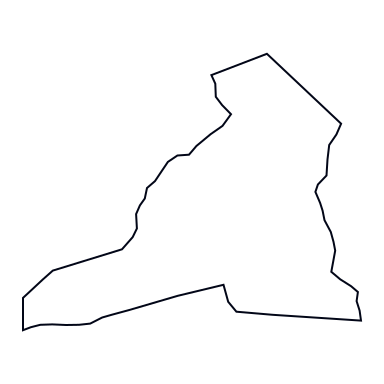 outline of Camocim de São Félix, Pernambuco, Brazil
{"feature_id": "56859067B97810771102376", "entity_name": "Camocim de São Félix", "entity_type": "district", "adm_level": 2, "iso_a3": "BRA", "parent_name": "Brazil", "parent_adm1": "Pernambuco", "projection": "orthographic", "projection_center": [-35.778, -8.341], "detail": "fine", "context": "isolated", "style": "outline", "palette": "ink", "viewbox_px": 384, "rotation_deg": 0, "n_neighbors": 0, "source": "geoboundaries", "source_scale": "gbopen_adm2", "svg_char_len": 855}
<svg xmlns="http://www.w3.org/2000/svg" viewBox="0 0 384 384"><path d="M23.0,297.9L23.0,330.2L30.9,327.2L40.3,324.8L52.3,324.4L66.1,325.0L79.0,324.8L90.2,323.6L102.2,317.5L111.6,314.8L128.9,310.1L177.8,295.8L223.5,284.8L228.2,301.8L236.4,311.7L272.7,314.8L361.0,320.6L359.6,310.6L356.6,301.1L357.9,292.0L351.1,286.2L340.2,279.3L331.3,271.8L333.3,261.0L335.2,250.6L333.5,241.8L330.8,232.0L324.5,220.2L322.6,210.7L320.1,202.9L315.4,191.9L317.9,184.5L326.5,175.5L327.5,159.4L329.2,145.0L336.4,134.5L341.1,123.7L266.9,53.8L211.4,75.1L215.3,83.7L215.8,96.8L222.1,105.1L231.0,114.2L222.5,125.9L210.6,134.2L196.4,146.0L189.0,154.7L177.4,155.5L167.9,161.9L161.5,171.4L155.0,181.1L147.0,188.0L144.8,198.5L139.9,205.4L136.1,214.1L136.9,228.5L132.7,237.1L122.0,249.3L52.8,270.6L43.0,279.3L31.2,290.3L23.0,297.9Z" fill="none" stroke="#020617" stroke-width="2"/></svg>